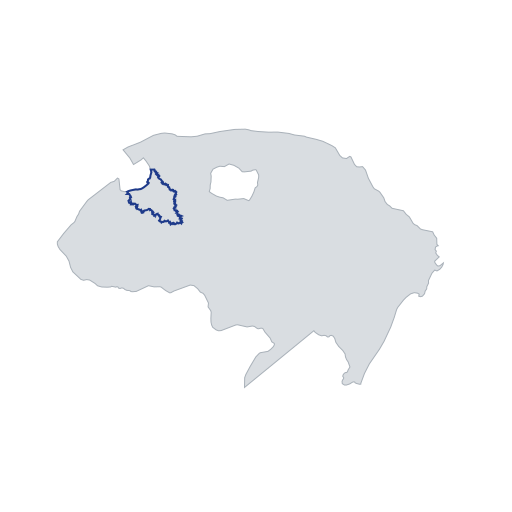 Gert Sibande, Mpumalanga, South Africa (highlighted), rotated 232°
{"feature_id": "47623444B27645248540404", "entity_name": "Gert Sibande", "entity_type": "district", "adm_level": 2, "iso_a3": "ZAF", "parent_name": "South Africa", "parent_adm1": "Mpumalanga", "projection": "natural_earth1", "projection_center": [29.797, -26.609], "detail": "fine", "context": "in_parent", "style": "outline", "palette": "blue", "viewbox_px": 512, "rotation_deg": 232, "n_neighbors": 0, "source": "geoboundaries", "source_scale": "gbopen_adm2", "svg_char_len": 9325}
<svg xmlns="http://www.w3.org/2000/svg" viewBox="0 0 512 512"><g transform="rotate(232 256 256)"><path d="M345.4,103.6L356.3,101.9L361.2,102.9L367.1,105.5L372.6,106.4L381.9,105.5L385.2,105.9L387.7,106.8L389.5,108.2L392.2,118.5L394.4,129.5L394.4,133.1L394.7,134.5L397.3,139.2L398.3,142.1L399.9,144.5L403.2,156.3L403.6,158.3L403.4,186.9L402.1,190.3L402.7,194.8L401.1,195.4L391.9,189.7L390.3,189.9L387.7,192.0L385.2,195.4L384.1,198.2L379.4,205.9L379.1,210.8L379.5,215.0L381.0,215.2L382.1,218.2L384.6,223.0L388.9,226.1L392.8,227.4L398.4,227.8L402.7,227.7L402.5,224.5L403.5,215.8L410.8,216.9L421.5,216.6L420.7,222.2L416.8,235.1L414.2,249.5L411.0,256.8L409.1,259.8L403.9,265.1L401.2,266.9L398.9,267.5L389.9,278.2L386.6,283.4L383.6,291.0L380.7,295.1L376.4,304.0L368.9,317.1L362.5,325.7L359.7,328.1L357.8,329.3L352.8,334.3L345.7,342.3L340.3,349.4L332.3,357.4L327.6,360.9L320.6,367.9L318.7,368.9L310.8,375.3L305.2,379.3L296.1,383.8L292.4,385.1L283.7,383.9L280.1,384.5L277.1,387.3L276.8,391.2L275.6,391.8L267.6,390.0L264.3,390.3L262.4,392.4L260.8,395.0L256.3,395.2L248.1,392.4L238.5,390.7L236.2,390.6L231.6,392.6L230.0,392.9L223.2,392.5L219.4,391.2L215.8,391.2L213.1,392.2L209.8,392.6L200.9,400.0L196.3,400.0L192.3,400.9L185.1,399.9L183.0,400.3L180.9,401.6L176.1,402.2L174.3,403.3L166.3,410.1L162.9,409.3L158.7,409.3L153.8,405.7L151.9,405.9L152.4,404.8L152.5,402.9L150.7,401.0L148.8,401.1L147.8,399.5L144.9,399.3L142.5,399.8L141.9,393.6L140.7,392.9L137.8,392.8L136.4,393.0L135.8,393.6L135.1,395.0L135.2,399.4L134.1,398.1L132.9,395.5L132.4,392.7L132.8,389.4L134.9,388.2L134.1,384.0L130.5,376.8L128.4,375.3L126.6,371.6L125.0,370.3L124.2,367.7L122.5,365.6L121.9,362.4L122.7,360.5L124.1,359.5L125.5,361.1L127.3,360.4L129.7,358.1L131.0,354.5L131.0,348.8L130.5,345.2L128.2,335.9L127.2,333.8L122.5,327.1L117.0,318.3L109.9,304.3L106.5,295.8L101.2,278.9L96.7,269.2L91.2,260.3L90.5,259.7L91.2,258.6L94.0,256.5L95.2,256.0L95.9,256.2L96.6,255.7L97.2,254.3L97.5,251.1L98.7,247.7L99.8,246.3L102.3,245.4L104.2,246.6L105.0,247.9L105.4,249.5L106.3,250.3L107.6,250.2L108.6,251.2L109.2,253.2L109.1,254.7L108.4,255.6L108.5,256.9L109.5,258.4L110.7,261.7L115.8,263.4L118.6,263.6L121.4,264.4L124.0,265.9L128.1,266.2L133.9,265.5L138.8,265.8L142.6,267.3L145.3,267.5L147.0,266.6L147.7,265.3L147.4,263.6L148.2,262.5L150.1,262.1L151.6,260.8L152.7,258.6L155.3,256.9L159.4,255.6L161.5,255.6L159.5,166.0L167.1,172.2L168.9,175.1L172.6,183.5L176.6,193.8L177.3,198.8L177.1,199.9L173.5,206.7L173.4,210.0L173.9,214.0L174.8,215.9L175.9,216.6L178.6,215.6L182.6,216.6L190.4,216.2L194.3,216.7L195.2,216.4L196.1,215.5L197.1,213.2L198.0,212.4L201.5,211.4L203.1,210.0L205.6,205.3L213.2,199.1L214.1,197.6L218.7,182.6L220.1,180.5L222.3,179.1L226.5,178.0L229.0,178.6L231.7,179.9L234.7,182.1L239.3,186.1L240.9,186.7L245.4,186.9L248.2,189.6L256.7,191.4L259.2,191.3L261.8,189.9L266.1,189.9L270.8,188.9L273.6,186.3L278.9,169.9L279.5,166.3L280.1,165.3L284.5,163.5L289.9,162.1L291.0,161.3L294.4,156.7L298.8,153.0L301.8,139.9L303.8,136.8L305.0,135.5L305.8,135.5L307.0,134.7L308.4,133.1L310.2,132.1L312.2,131.7L313.5,130.6L314.1,128.9L315.1,128.0L316.6,128.1L317.5,127.5L317.7,126.4L321.0,123.6L321.1,122.4L322.9,119.7L326.6,115.3L330.1,112.8L333.4,112.3L339.5,110.1L341.7,108.0L343.0,105.2L345.4,103.6ZM335.8,296.6L341.1,294.4L345.1,291.4L345.9,286.1L349.0,282.8L350.1,279.8L350.9,275.6L349.1,271.2L346.6,269.9L342.1,266.1L340.1,263.6L337.4,261.4L335.5,258.8L332.4,259.7L327.6,261.7L324.6,263.7L322.1,265.9L317.6,267.6L313.5,274.8L312.1,276.4L308.8,281.7L304.1,284.3L304.0,285.2L305.6,289.5L307.8,293.8L310.2,297.3L310.1,299.4L310.8,301.1L312.9,302.3L316.4,306.6L318.2,308.0L323.5,309.1L324.3,308.8L325.7,306.2L325.9,304.4L329.4,298.7L330.9,297.0L335.8,296.6Z" fill="#d9dde1" stroke="#a8b0b8" stroke-width="1"/><path d="M371.9,228.2L372.6,228.2L373.2,227.9L373.8,227.9L374.4,228.2L375.0,228.1L376.5,227.3L377.7,227.2L377.9,227.5L378.1,227.4L378.2,227.7L378.3,227.5L378.6,227.7L378.5,227.9L378.7,228.0L379.0,228.2L378.9,227.9L379.1,227.9L379.3,228.2L379.5,228.2L379.4,228.3L379.5,228.3L379.5,228.5L379.7,228.4L379.9,228.6L379.8,228.9L380.2,228.8L380.2,228.7L380.5,228.6L380.4,228.5L380.6,228.5L380.6,228.3L380.6,227.9L381.8,227.7L381.8,228.3L382.1,228.7L382.2,229.2L382.5,229.0L382.9,229.0L383.4,229.0L383.5,228.7L383.8,229.0L384.0,228.7L384.2,228.9L384.4,228.6L384.7,228.5L384.9,228.6L385.0,228.4L385.3,228.3L386.2,229.1L386.7,229.2L387.5,228.0L388.9,226.2L386.4,225.2L384.6,222.6L383.1,221.1L382.5,220.0L382.9,219.1L382.8,218.0L381.5,216.8L381.4,216.6L381.2,215.0L381.1,215.5L380.6,215.8L380.3,215.8L379.9,216.3L379.6,216.4L379.4,215.9L379.3,215.1L379.2,213.2L379.2,209.8L379.5,207.2L380.0,205.9L380.5,205.2L381.2,203.7L382.6,202.2L384.9,197.5L385.7,195.4L386.0,193.9L384.6,194.0L384.3,193.7L384.2,192.6L382.8,194.3L381.0,194.0L380.4,194.1L379.6,193.8L379.8,193.6L379.9,192.8L379.7,192.6L378.9,192.5L378.7,192.3L378.8,192.2L378.4,191.5L378.4,190.9L378.2,190.7L377.9,190.0L378.0,189.5L376.3,188.8L376.1,188.8L376.1,189.1L375.7,189.1L374.9,189.8L375.5,190.7L374.5,190.2L373.7,189.2L373.0,190.1L373.6,190.7L373.0,191.4L372.9,190.8L372.4,191.1L372.6,191.3L372.3,191.7L372.4,191.9L371.9,192.3L371.7,192.9L370.9,193.1L369.9,192.9L369.2,194.1L368.8,193.6L368.3,193.3L368.1,192.7L368.7,191.6L367.5,191.1L367.2,191.9L366.3,191.4L366.2,191.7L365.0,192.1L364.9,192.4L363.9,192.9L363.0,193.0L363.1,193.9L362.3,193.7L361.1,192.7L360.4,192.5L360.1,192.8L359.7,194.0L360.3,194.3L360.7,195.0L360.3,195.3L360.3,195.9L360.5,196.2L359.7,197.6L359.3,198.4L359.1,199.8L359.2,200.5L358.3,201.4L357.4,200.8L357.2,201.4L357.0,201.5L356.4,201.8L355.0,201.7L354.8,202.0L354.3,202.0L353.9,202.0L354.3,201.0L353.3,200.4L352.9,200.0L352.6,200.1L352.1,201.0L350.8,200.9L350.5,200.6L350.2,201.1L349.9,201.1L350.1,201.3L349.8,201.8L350.4,202.3L350.3,203.0L349.9,203.9L350.1,204.1L349.9,204.5L349.7,204.3L348.7,204.2L348.2,204.7L347.3,204.4L347.3,204.7L346.9,204.7L346.7,204.3L346.4,204.4L346.4,204.6L345.4,205.2L345.0,204.3L345.0,203.9L344.3,203.5L343.7,202.2L343.6,201.4L342.9,201.4L342.6,201.6L342.6,201.8L342.3,201.7L341.7,202.3L340.6,202.1L340.6,202.7L340.2,203.8L339.7,204.2L340.1,205.6L338.7,206.3L338.6,206.5L338.6,206.8L338.2,207.4L338.2,208.5L336.6,208.4L336.1,208.2L335.8,208.3L335.7,208.2L335.5,208.6L335.6,209.2L334.5,209.0L334.6,208.5L334.4,208.5L334.2,208.7L334.3,208.4L333.7,208.2L333.4,208.1L333.3,209.6L333.5,209.9L333.4,210.3L332.9,210.2L333.0,210.6L332.5,210.7L332.5,210.9L332.4,210.9L332.6,211.3L331.7,211.4L331.7,211.8L330.8,211.8L330.5,213.4L330.9,214.4L329.8,214.7L329.7,215.0L329.2,215.2L329.2,215.6L329.3,216.4L329.0,217.3L328.5,217.2L328.5,216.9L328.1,217.0L327.7,217.2L327.8,217.4L327.7,217.4L328.0,217.9L328.0,218.2L328.4,217.9L328.6,218.5L328.8,218.8L329.0,218.7L329.1,218.4L329.4,218.4L329.2,218.7L329.3,219.0L329.9,218.6L330.3,218.6L330.6,218.6L330.8,218.7L330.8,219.0L331.4,220.0L331.1,220.4L331.2,220.6L331.5,220.4L331.9,219.8L331.6,219.4L331.9,219.4L332.2,219.8L332.3,219.8L332.2,219.6L332.4,219.3L332.2,219.2L332.4,219.0L332.6,219.5L333.0,219.9L332.9,220.4L333.4,220.7L333.5,220.9L333.9,221.2L333.8,221.5L333.6,221.6L333.5,221.9L333.9,221.7L334.1,221.2L334.5,221.2L334.7,220.8L335.1,220.7L335.0,220.4L335.8,220.7L336.0,220.2L335.5,220.0L335.2,220.2L335.3,219.5L335.8,219.1L336.6,219.6L336.9,219.6L337.1,219.5L337.6,220.3L337.8,220.3L338.0,220.2L338.3,220.3L338.4,220.5L338.8,220.9L339.0,220.5L339.2,221.3L339.4,221.1L339.7,221.3L340.1,220.8L340.3,221.0L340.5,221.6L340.9,221.4L340.9,221.0L340.6,220.8L340.8,220.6L341.1,220.7L341.3,220.5L341.6,220.6L342.0,220.5L342.3,220.0L343.5,220.6L343.6,220.9L343.7,220.4L344.1,220.4L344.2,220.7L344.0,221.1L344.3,221.3L344.2,221.4L344.5,221.8L344.4,221.9L344.1,222.2L344.4,222.3L344.7,222.8L344.7,223.1L345.1,223.4L345.0,223.6L345.3,223.9L345.3,224.4L345.6,224.3L345.6,224.1L346.0,223.9L346.2,223.7L346.4,223.7L346.6,223.8L346.8,223.7L347.1,223.8L347.5,223.8L347.7,224.5L347.9,224.7L347.8,224.8L348.1,224.9L348.1,225.0L348.2,224.7L348.3,224.8L348.4,224.7L348.3,224.9L348.4,225.1L348.5,224.9L348.5,225.0L348.7,224.9L349.0,225.4L349.2,225.5L349.6,225.2L349.7,225.3L349.7,225.6L349.8,225.7L349.7,225.9L349.8,226.0L349.5,226.4L349.7,226.7L349.8,226.7L349.9,226.3L350.3,226.3L350.8,226.2L350.8,226.3L350.9,226.2L351.0,226.2L351.1,226.4L351.3,226.3L351.5,226.5L351.6,226.4L351.7,226.6L351.8,226.6L352.3,227.3L352.5,227.8L352.4,227.9L352.4,228.2L352.7,228.4L352.8,228.2L352.7,228.5L352.9,228.5L352.7,229.0L353.1,229.0L353.3,229.2L353.2,229.3L353.3,229.5L353.5,229.6L353.4,229.5L353.5,229.4L353.7,229.6L353.6,229.9L353.8,229.7L353.9,230.0L354.1,230.0L354.1,230.3L353.9,230.5L354.1,230.6L354.0,230.8L354.3,230.8L354.3,231.0L354.5,231.0L354.6,231.4L355.1,231.7L355.2,232.3L355.5,232.6L356.1,232.5L356.2,232.3L356.7,232.4L356.9,232.3L357.1,232.3L357.2,232.0L357.1,231.8L357.2,231.6L357.1,231.2L357.6,230.8L358.0,230.8L358.6,231.3L359.0,231.4L359.1,231.2L359.4,231.1L359.4,230.7L359.6,230.7L359.6,230.3L359.8,230.1L359.9,229.5L360.5,229.6L360.8,229.4L360.9,229.6L361.1,229.6L361.5,228.9L362.7,229.3L363.1,229.7L363.5,229.9L363.8,229.7L364.1,229.7L364.5,229.2L364.9,229.2L366.1,230.3L366.2,230.1L366.2,229.8L366.8,229.5L367.2,228.9L367.8,229.2L367.9,229.5L368.1,229.4L368.8,229.2L368.9,227.9L369.3,228.0L369.6,227.6L369.8,227.5L370.6,227.8L370.6,226.8L371.2,226.9L371.8,226.8L371.8,227.9L371.9,228.2Z" fill="none" stroke="#1e3a8a" stroke-width="2"/></g></svg>